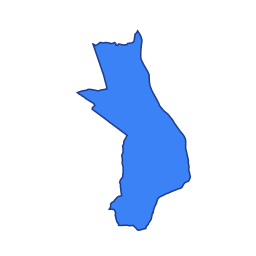 the district of Pão de Açúcar, Alagoas, Brazil, rotated 226°
{"feature_id": "56859067B78615369574980", "entity_name": "Pão de Açúcar", "entity_type": "district", "adm_level": 2, "iso_a3": "BRA", "parent_name": "Brazil", "parent_adm1": "Alagoas", "projection": "robinson", "projection_center": [-37.484, -9.662], "detail": "fine", "context": "isolated", "style": "filled", "palette": "blue", "viewbox_px": 256, "rotation_deg": 226, "n_neighbors": 0, "source": "geoboundaries", "source_scale": "gbopen_adm2", "svg_char_len": 2545}
<svg xmlns="http://www.w3.org/2000/svg" viewBox="0 0 256 256"><g transform="rotate(226 128 128)"><path d="M212.7,161.1L211.3,160.5L182.8,147.1L180.0,145.5L172.3,141.2L170.7,139.7L171.6,138.7L172.4,137.6L172.9,136.5L174.1,135.1L174.7,133.6L175.4,132.4L177.3,131.1L178.7,130.1L182.4,127.4L183.6,125.9L184.0,124.5L186.6,120.6L188.7,116.2L186.1,116.4L184.8,117.1L183.3,117.1L181.3,117.8L178.4,118.1L172.7,119.5L169.7,120.4L167.2,119.8L167.4,116.7L166.5,115.3L148.2,118.3L146.4,118.5L123.3,122.3L123.0,121.0L122.3,119.5L121.5,116.2L120.5,114.8L119.4,113.6L118.8,111.5L117.3,110.6L116.1,109.6L114.2,107.8L113.5,106.7L113.0,105.0L112.2,104.1L110.9,103.3L108.6,101.5L107.2,99.7L105.9,98.8L103.9,97.8L102.8,96.9L101.1,95.2L100.0,94.3L99.2,93.5L98.5,92.3L96.7,90.6L96.2,88.8L96.0,86.7L94.6,84.1L92.9,83.6L91.9,82.5L90.9,81.7L86.9,78.6L85.4,77.6L83.7,76.4L85.0,74.3L85.6,72.7L85.6,71.4L85.4,69.7L85.4,68.2L85.0,66.7L85.6,64.9L85.6,63.3L85.0,62.2L83.6,61.1L83.0,59.8L82.6,58.1L81.3,59.4L79.9,60.7L78.8,61.4L77.0,60.8L75.6,60.1L74.1,58.2L72.1,57.0L70.3,55.9L67.6,54.7L65.7,54.6L64.5,53.6L62.7,55.3L59.1,59.5L56.8,61.0L55.3,62.9L54.2,64.1L50.7,64.2L47.9,64.0L46.4,65.4L45.1,68.1L43.3,71.0L44.6,72.5L44.5,74.1L44.6,75.4L45.4,77.1L45.7,79.3L46.2,81.1L47.0,82.4L48.1,84.0L49.3,85.6L49.5,87.2L50.5,88.2L51.6,90.0L52.3,91.4L52.9,92.6L53.5,94.5L54.2,96.2L55.1,97.8L56.1,99.5L56.5,100.9L56.4,102.6L55.8,104.6L55.1,106.6L54.6,108.3L54.2,109.8L53.3,111.4L52.8,113.1L52.3,114.3L51.9,115.6L51.3,116.9L50.8,118.2L50.1,119.8L49.4,121.6L48.4,123.3L47.8,125.6L48.3,127.0L48.7,128.3L49.1,130.1L48.9,131.8L48.1,133.6L47.7,135.0L48.8,137.6L49.5,138.9L53.4,141.3L55.8,142.6L57.5,144.8L61.1,147.2L62.7,148.9L69.4,153.0L70.6,153.7L73.5,155.5L78.3,160.2L79.8,161.4L82.3,162.4L84.5,162.9L89.6,163.3L99.6,164.8L101.5,165.3L103.1,165.7L110.6,166.3L115.3,165.7L121.2,166.1L122.8,166.4L124.0,167.1L128.5,168.5L130.4,169.0L136.6,170.6L139.2,171.5L143.3,173.3L146.9,175.9L150.9,179.5L151.9,180.3L154.8,181.3L161.0,182.9L162.3,183.2L164.9,184.0L167.0,184.7L168.2,185.0L170.7,186.9L174.5,190.7L176.5,193.0L181.5,199.1L185.0,200.9L186.4,201.4L191.2,202.4L190.5,200.3L190.6,198.3L186.9,193.5L186.1,191.9L186.4,190.1L187.8,188.1L189.0,186.6L188.8,185.0L189.7,183.9L190.7,182.5L192.2,181.6L193.4,180.6L195.0,179.6L194.8,177.6L196.2,176.9L197.3,177.9L198.8,177.8L199.6,175.6L200.6,174.3L202.4,173.5L203.5,172.5L205.1,171.3L205.9,169.9L206.8,168.7L207.9,168.3L208.9,167.3L209.1,165.6L209.4,163.3L210.0,161.8L211.3,161.8L212.7,161.1Z" fill="#3b82f6" stroke="#1e3a8a" stroke-width="1.5"/></g></svg>